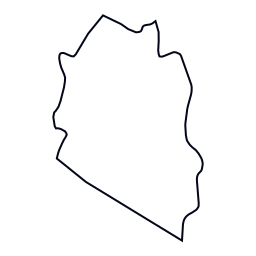 SVG path tracing the border of La Paz
{"feature_id": "SLV-1347", "entity_name": "La Paz", "entity_type": "Department", "adm_level": 1, "iso_a3": "SLV", "parent_name": "El Salvador", "parent_adm1": "", "projection": "equal_earth", "projection_center": [-88.936, 13.47], "detail": "fine", "context": "isolated", "style": "outline", "palette": "ink", "viewbox_px": 256, "rotation_deg": 0, "n_neighbors": 0, "source": "natural_earth", "source_scale": "10m", "svg_char_len": 1475}
<svg xmlns="http://www.w3.org/2000/svg" viewBox="0 0 256 256"><path d="M182.0,240.6L86.0,182.0L56.8,158.5L56.8,158.4L58.1,153.3L59.2,150.0L62.5,142.5L63.1,141.5L63.6,140.3L65.6,137.1L66.7,134.7L66.3,133.2L65.0,131.3L61.0,129.1L58.7,128.4L57.0,128.3L56.0,128.4L54.7,126.1L53.3,117.0L54.2,112.4L55.4,111.3L58.4,107.0L60.5,101.1L64.0,87.4L64.9,81.5L65.1,77.6L64.3,74.8L61.2,67.5L60.0,63.1L59.2,58.3L59.4,55.7L60.0,54.0L60.9,53.3L62.0,53.0L63.3,53.0L64.6,53.3L71.1,56.1L72.4,56.3L73.7,56.4L75.8,54.3L88.1,33.7L103.0,15.4L121.1,24.1L128.2,29.1L136.0,32.3L137.4,32.2L139.3,31.9L140.1,31.6L141.0,31.0L141.6,30.0L142.5,27.3L143.2,26.3L144.1,25.6L145.2,25.2L150.3,24.4L152.6,23.3L155.5,21.1L158.6,32.0L158.7,41.1L158.2,50.4L158.7,54.2L159.5,56.4L160.7,56.6L162.1,56.6L163.3,56.3L173.2,52.3L174.9,52.2L176.7,52.6L180.0,54.2L181.1,56.0L191.2,84.5L191.5,86.0L191.7,87.6L191.6,91.2L191.1,94.4L188.0,105.7L187.7,107.0L187.4,108.3L187.1,110.0L187.0,110.9L187.0,111.1L185.4,123.2L185.3,125.7L185.9,135.3L186.5,138.5L187.1,140.8L189.7,144.7L192.2,147.2L195.8,150.1L198.7,153.7L201.4,158.3L202.3,161.1L202.7,163.4L202.6,165.2L202.0,168.3L201.7,169.7L201.1,170.9L198.7,173.4L198.0,174.4L197.5,175.6L197.1,177.0L196.9,178.6L196.9,180.4L198.7,203.0L198.6,206.2L198.1,207.4L197.4,208.4L196.6,209.5L195.7,210.2L191.9,212.7L188.9,214.3L187.1,215.7L185.5,217.4L184.8,218.5L184.2,219.6L183.7,220.9L183.4,222.3L183.0,223.9L182.0,240.6L182.0,240.6Z" fill="none" stroke="#020617" stroke-width="2"/></svg>